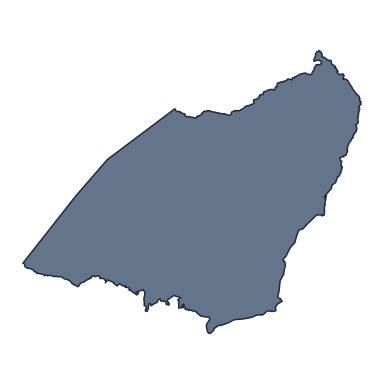 Agua Blanca de Iturbide, Hidalgo, Mexico
{"feature_id": "50627088B60120060131713", "entity_name": "Agua Blanca de Iturbide", "entity_type": "district", "adm_level": 2, "iso_a3": "MEX", "parent_name": "Mexico", "parent_adm1": "Hidalgo", "projection": "albers", "projection_center": [-98.352, 20.365], "detail": "fine", "context": "isolated", "style": "filled", "palette": "slate", "viewbox_px": 384, "rotation_deg": 0, "n_neighbors": 0, "source": "geoboundaries", "source_scale": "gbopen_adm2", "svg_char_len": 5952}
<svg xmlns="http://www.w3.org/2000/svg" viewBox="0 0 384 384"><path d="M129.3,290.1L129.8,289.6L132.0,291.7L137.0,294.9L138.6,293.0L136.5,292.0L139.0,291.0L142.1,290.3L143.1,289.7L143.8,290.5L144.7,292.2L144.9,293.8L143.8,299.1L144.2,300.9L144.3,305.6L145.2,305.7L145.8,306.3L146.1,307.2L146.3,307.9L145.3,310.4L145.4,310.8L146.1,311.4L146.9,311.3L147.3,311.0L148.0,309.7L148.6,305.5L148.9,304.5L149.7,303.5L150.4,303.8L151.1,305.7L151.7,305.6L153.3,304.1L157.1,302.4L157.9,300.4L159.6,298.9L160.3,299.4L161.0,301.0L163.4,301.3L164.7,301.0L165.3,301.3L166.3,303.7L166.4,304.5L166.8,304.7L167.3,304.3L168.8,305.0L169.3,303.8L167.6,301.4L167.5,300.4L167.7,299.7L173.9,295.5L180.4,297.6L177.8,300.0L178.7,301.2L178.7,307.9L181.3,307.9L181.7,306.4L182.6,304.8L183.6,304.2L184.2,305.2L183.0,307.5L185.0,307.5L185.7,308.8L185.4,309.3L186.9,309.6L187.9,309.3L188.5,310.2L189.7,309.8L190.1,310.3L191.3,310.4L191.7,310.2L192.5,311.0L193.5,310.8L195.5,311.4L198.3,314.1L200.8,316.0L204.9,316.8L209.2,317.3L209.8,319.4L207.3,323.1L206.3,325.4L206.7,328.2L207.6,331.9L208.8,333.2L210.0,333.4L210.8,333.0L213.5,330.5L214.5,328.2L218.6,325.4L221.3,325.3L227.8,323.0L233.3,320.1L236.8,319.4L242.9,319.0L248.7,317.9L252.2,317.1L256.7,315.1L257.7,314.9L261.7,315.0L263.5,314.4L267.4,310.7L270.5,311.3L272.8,311.4L274.7,310.9L275.7,310.9L275.7,308.4L275.2,307.8L275.7,306.7L277.7,303.9L282.1,301.3L280.2,298.5L279.5,298.6L277.8,296.6L279.2,290.3L280.1,280.7L283.9,273.8L283.7,272.5L285.4,265.5L284.8,261.4L284.5,261.2L283.8,261.4L283.5,261.3L283.1,259.8L284.1,258.1L285.9,256.4L289.8,248.5L291.7,246.0L293.3,244.4L295.0,242.3L296.1,237.8L297.8,232.6L298.7,230.8L299.6,229.8L302.9,228.8L307.5,223.8L316.8,214.8L318.0,215.0L318.2,214.9L321.3,214.9L321.7,215.1L321.8,215.7L322.2,215.8L322.6,214.9L323.7,215.4L323.9,215.2L324.1,214.5L324.4,214.2L324.5,209.6L324.2,207.1L325.2,204.9L325.0,201.8L325.9,199.4L325.5,198.8L324.9,198.6L326.2,197.0L326.3,196.1L324.0,197.1L331.5,188.2L332.0,185.1L335.5,182.6L335.9,182.1L336.0,180.8L336.3,180.5L336.8,179.2L337.3,177.0L338.6,176.7L339.5,175.4L340.1,173.4L341.0,172.5L340.8,171.1L341.6,170.1L341.5,168.9L341.7,168.3L342.2,167.9L342.3,167.2L341.8,166.2L341.1,166.0L341.1,163.0L341.7,161.9L341.7,161.3L340.6,160.5L339.9,159.4L339.8,157.7L341.0,157.6L342.1,156.5L342.7,156.5L343.6,156.8L343.9,155.8L345.8,155.4L347.5,151.4L347.5,150.8L347.1,150.5L347.3,150.2L347.1,149.1L347.7,147.7L347.6,146.4L347.8,145.7L348.6,144.4L349.1,142.8L351.3,140.1L351.4,139.0L352.9,138.0L353.2,137.5L353.1,135.5L354.5,133.9L354.6,133.1L355.4,132.2L355.9,132.1L356.4,130.8L356.4,129.6L356.8,128.8L356.9,128.1L355.8,125.1L355.9,124.6L357.7,123.4L358.3,122.2L357.6,117.6L358.3,117.3L357.8,115.8L358.7,114.4L358.4,112.3L358.8,112.2L358.9,111.5L359.6,109.9L359.6,109.5L358.8,108.9L358.6,107.7L358.7,107.3L359.4,107.2L359.1,106.4L359.6,105.3L360.9,104.5L361.0,104.1L360.4,103.1L360.8,102.5L360.9,101.7L360.3,101.1L359.5,101.3L359.4,101.1L359.9,98.9L359.4,98.2L359.6,97.7L359.1,97.0L359.0,96.3L358.0,95.5L357.1,94.2L356.3,94.0L356.3,93.7L355.4,92.7L354.4,91.1L353.1,89.7L352.0,87.4L349.7,84.0L349.1,83.6L348.7,81.9L348.0,80.8L347.6,80.4L345.4,79.1L343.7,79.3L343.1,79.3L342.9,79.0L342.9,78.5L343.5,78.1L343.5,77.1L344.0,75.7L343.4,75.4L343.6,74.3L343.3,74.1L342.8,74.0L341.8,74.5L339.9,74.4L338.7,74.0L337.1,72.4L336.9,71.7L337.8,71.4L337.5,70.1L337.1,69.9L336.0,68.5L335.1,68.1L335.1,67.4L335.6,67.0L334.8,66.3L334.7,65.8L334.1,65.3L332.7,64.9L331.7,63.9L331.0,60.5L330.0,60.3L328.6,60.5L327.8,59.8L326.6,59.6L326.0,58.4L323.9,57.2L322.9,57.4L322.3,57.1L322.3,56.7L321.8,56.3L322.2,54.6L321.1,52.3L319.1,50.6L319.0,51.1L318.4,51.7L317.1,51.6L316.7,51.9L315.6,53.9L315.5,55.8L313.9,59.8L313.9,61.0L315.4,61.0L317.4,60.1L319.1,60.2L319.7,60.5L321.2,61.9L321.6,63.1L320.0,64.7L316.4,64.7L314.8,67.0L314.3,68.3L314.1,69.6L312.3,72.2L311.9,73.7L311.2,74.6L308.4,74.4L305.1,73.0L300.7,74.0L299.1,74.5L298.5,75.2L297.1,75.9L296.4,76.5L295.0,76.7L294.6,77.8L292.6,77.8L292.1,78.7L292.2,79.8L291.1,79.8L289.9,79.2L287.9,79.0L286.1,80.7L285.6,80.7L284.6,81.3L283.6,81.3L282.9,82.0L281.5,81.8L277.4,83.3L277.1,84.1L277.0,86.6L276.2,86.7L276.0,87.0L275.5,87.1L275.1,88.8L274.3,90.0L273.9,90.1L273.2,89.6L272.1,89.3L270.9,89.6L268.6,89.8L265.6,91.4L263.7,91.9L263.3,92.6L263.2,94.3L262.6,94.6L260.7,94.7L259.8,95.0L259.1,96.3L258.5,98.2L255.5,99.4L254.2,99.6L253.6,100.1L253.6,101.2L254.0,102.2L253.7,103.4L253.3,103.7L248.3,105.8L246.4,105.8L242.9,108.8L240.7,109.8L239.5,110.8L234.7,110.6L233.8,111.2L232.1,111.7L231.5,112.5L231.0,114.2L230.0,115.3L227.3,114.9L224.8,113.9L224.3,113.6L222.5,114.0L221.3,113.4L219.6,113.7L219.2,113.2L218.3,112.8L216.8,112.8L215.6,112.3L212.6,111.9L210.8,111.3L209.8,110.7L207.6,110.7L207.0,110.7L206.4,111.5L204.1,111.2L203.3,111.9L202.6,113.1L201.8,113.2L201.7,113.9L200.6,115.0L199.3,115.7L198.4,115.7L197.6,116.8L196.8,116.5L196.4,117.4L195.8,118.1L194.8,118.2L193.9,117.7L191.6,117.1L190.3,117.1L188.1,116.4L187.5,116.8L186.2,116.6L185.2,115.8L185.0,115.4L185.2,114.9L184.7,113.9L183.8,113.9L182.8,113.5L179.5,111.5L177.4,111.5L176.3,111.0L175.8,110.7L174.8,108.8L107.4,159.5L76.0,195.7L23.0,263.1L24.3,263.9L24.8,264.9L24.9,266.4L25.2,266.8L26.9,268.0L31.3,268.9L34.0,270.6L34.1,271.3L34.5,271.8L36.3,272.1L37.0,273.5L38.0,273.3L42.9,274.4L43.4,274.4L44.4,275.6L45.0,275.2L46.1,275.4L46.8,275.2L47.8,275.8L48.8,275.4L50.1,275.4L52.3,275.9L53.8,276.6L56.3,276.3L58.1,276.8L60.1,276.7L62.6,277.3L63.9,278.6L68.1,279.8L70.8,281.7L71.3,282.2L71.8,283.3L72.7,283.8L73.8,284.9L74.4,284.8L77.5,286.5L78.4,286.5L80.5,283.2L84.3,281.8L85.6,280.6L89.0,279.0L89.6,278.1L90.8,278.4L91.6,276.5L93.3,275.6L94.7,276.7L96.9,276.2L98.1,275.7L98.9,275.8L99.6,277.5L100.3,278.6L101.6,278.1L104.2,279.0L105.4,280.7L105.6,282.4L107.5,280.2L107.8,280.3L108.1,280.0L113.8,282.6L113.7,283.3L117.2,285.9L119.4,283.7L122.7,285.8L125.9,286.1L125.4,287.2L128.9,287.9L129.8,289.0L129.0,289.9L129.3,290.1Z" fill="#64748b" stroke="#1e293b" stroke-width="1.5"/></svg>